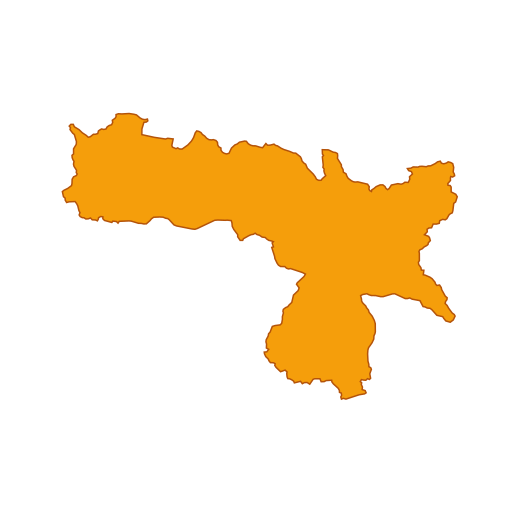 São Paulo, São Paulo, Brazil, rotated 100°
{"feature_id": "56859067B92864763247255", "entity_name": "São Paulo", "entity_type": "district", "adm_level": 2, "iso_a3": "BRA", "parent_name": "Brazil", "parent_adm1": "São Paulo", "projection": "robinson", "projection_center": [-46.645, -23.682], "detail": "fine", "context": "isolated", "style": "filled", "palette": "amber", "viewbox_px": 512, "rotation_deg": 100, "n_neighbors": 0, "source": "geoboundaries", "source_scale": "gbopen_adm2", "svg_char_len": 6063}
<svg xmlns="http://www.w3.org/2000/svg" viewBox="0 0 512 512"><g transform="rotate(100 256 256)"><path d="M130.9,78.3L130.1,80.5L129.9,83.1L131.4,84.6L132.6,87.1L132.4,89.5L130.6,91.0L131.8,93.6L133.9,95.6L136.9,99.7L137.4,102.1L138.5,103.8L138.8,108.0L139.3,110.3L140.3,111.9L141.0,116.7L142.6,118.7L143.6,122.1L145.4,120.5L145.9,117.6L148.1,116.2L151.3,118.6L153.7,117.9L157.1,118.8L157.5,122.2L159.1,123.7L160.1,125.5L160.1,128.8L162.6,135.0L166.4,136.6L167.8,137.9L166.9,139.7L165.2,141.0L163.9,143.4L164.4,146.1L166.8,149.7L169.2,151.7L170.7,153.4L172.4,153.5L171.8,155.4L170.4,156.4L168.1,156.5L165.9,158.6L165.3,168.6L166.0,171.3L165.9,173.3L165.3,175.2L163.5,178.7L161.7,180.3L159.4,181.6L158.3,184.5L155.7,185.3L153.2,187.4L151.3,187.8L145.8,192.7L142.9,193.0L141.0,193.6L140.3,195.6L140.3,198.1L138.9,203.1L139.8,209.2L144.0,208.3L145.3,207.0L146.8,207.9L154.7,205.6L157.1,205.5L158.5,204.0L160.4,203.9L162.4,203.0L164.8,201.3L168.4,204.2L170.1,205.0L170.6,207.4L169.9,209.8L167.8,211.3L165.4,213.8L160.6,220.7L157.0,223.0L156.1,225.1L154.4,227.2L152.3,228.2L150.6,229.5L147.8,234.7L148.1,237.0L147.1,241.2L146.3,247.0L145.5,250.0L143.8,254.0L143.7,255.9L142.7,257.7L144.4,261.4L144.9,263.9L143.5,265.8L148.2,268.3L148.2,270.8L147.6,275.5L148.0,278.1L147.8,280.5L146.8,283.1L144.7,285.4L144.8,287.2L146.8,292.1L148.9,293.9L150.3,296.1L154.0,298.9L159.5,300.4L160.6,302.7L160.4,304.9L159.7,307.0L158.0,308.8L155.7,309.3L155.0,311.5L153.5,312.9L150.7,313.7L149.2,315.5L148.8,318.2L149.4,320.0L149.6,322.5L148.6,325.1L146.8,327.3L145.6,329.9L144.0,331.6L143.2,333.9L143.1,336.1L145.2,337.2L150.0,338.0L152.3,338.8L154.2,339.6L158.5,342.4L163.5,347.3L163.9,349.9L163.1,351.9L164.2,353.4L163.3,357.2L161.7,358.1L155.1,357.9L155.4,363.4L156.5,365.4L156.8,376.7L156.3,389.5L150.7,390.4L143.8,389.6L143.1,387.2L141.7,386.0L140.0,386.7L141.0,389.0L141.0,391.6L140.2,394.1L137.8,398.2L137.6,400.8L137.7,405.7L139.4,412.8L139.8,416.2L141.0,418.4L143.1,418.0L144.7,418.6L147.3,421.1L149.3,420.3L151.8,421.0L153.0,423.3L154.7,425.0L157.0,425.8L157.8,427.9L157.7,430.2L158.9,431.6L160.2,432.9L162.9,433.1L164.0,435.3L164.4,437.3L167.3,439.9L168.2,441.8L166.7,444.1L164.8,448.5L162.3,452.2L160.3,457.3L158.1,458.8L158.5,461.2L160.5,462.5L161.8,461.0L163.8,461.1L166.9,457.8L167.9,456.0L174.5,452.7L177.3,452.4L182.1,454.3L187.2,453.4L188.8,454.7L191.1,454.1L193.1,452.9L194.3,451.7L197.2,451.7L199.3,450.8L202.8,447.6L205.1,447.5L206.3,446.3L208.0,446.9L209.7,449.4L212.3,450.4L216.6,449.8L218.7,449.9L222.1,453.1L224.6,456.5L226.2,457.9L231.0,455.9L232.2,454.0L234.1,453.6L236.2,451.8L235.1,449.5L233.8,443.6L235.5,441.8L237.6,440.2L242.0,438.3L243.9,436.9L246.3,437.3L247.7,436.0L248.4,433.8L248.2,432.0L249.1,430.0L248.5,427.6L247.3,425.6L248.8,423.6L248.4,420.3L248.9,418.3L247.1,417.7L245.6,417.7L244.1,415.8L244.0,413.6L245.9,413.3L247.3,411.4L248.0,403.8L246.5,403.0L246.3,399.4L247.6,397.6L245.6,396.7L243.5,387.2L243.3,385.0L244.2,377.5L243.8,374.6L243.9,372.2L243.4,369.6L239.5,366.5L237.5,365.4L235.6,363.5L234.3,357.6L233.9,354.2L234.5,351.6L234.5,349.4L235.3,347.8L239.6,342.2L240.2,339.4L240.5,323.7L240.3,320.8L239.2,318.7L228.0,302.9L227.2,299.9L226.2,292.6L225.7,290.6L225.4,286.6L227.4,285.5L231.0,284.5L233.7,282.5L238.2,277.7L240.2,277.4L243.4,274.3L242.9,271.8L241.2,271.4L237.4,266.8L235.9,264.6L235.1,262.4L233.7,260.8L234.7,258.8L235.0,256.1L236.3,253.3L236.2,250.0L237.3,248.6L238.4,246.1L238.5,243.3L238.9,241.4L240.3,242.4L244.0,240.4L244.8,242.0L253.0,237.7L255.3,236.9L259.4,234.0L261.1,232.3L262.1,229.9L261.4,225.8L262.7,223.9L263.1,221.8L262.4,219.8L264.2,207.4L265.2,204.2L267.8,205.1L275.2,210.7L276.8,211.2L279.9,208.0L282.8,208.5L288.0,212.3L295.5,212.7L298.6,215.0L300.4,215.9L301.7,217.9L303.8,219.8L305.7,219.9L307.3,219.1L311.2,219.5L313.8,219.0L317.8,219.0L319.6,220.2L321.2,225.2L322.5,227.7L328.5,228.9L330.4,230.1L332.7,230.1L336.7,231.4L338.8,231.3L340.9,230.3L344.8,229.8L345.7,227.3L348.5,228.7L349.2,231.2L350.8,230.7L353.4,228.9L355.2,226.2L357.1,224.9L358.5,223.3L358.1,220.2L358.8,218.4L360.5,218.5L362.2,216.9L365.7,211.7L363.3,207.5L364.8,205.3L366.5,205.3L369.6,204.4L371.2,203.4L371.1,201.5L371.7,199.4L372.7,197.2L374.3,196.2L371.7,190.4L373.7,188.2L372.3,186.4L371.7,183.7L372.9,180.8L367.6,178.4L366.7,176.9L365.8,171.7L368.5,170.0L367.9,167.1L366.5,165.3L365.2,159.9L366.8,159.4L368.5,157.6L372.0,152.1L373.8,150.6L375.8,150.1L376.2,148.2L378.3,147.5L380.1,148.0L382.1,147.0L381.0,145.3L381.3,142.6L374.8,130.4L372.9,125.1L371.6,123.8L369.6,125.1L369.1,128.3L366.6,128.4L364.2,130.0L362.5,129.9L361.6,131.5L359.4,130.7L359.5,128.5L359.3,126.3L357.4,124.8L357.9,122.9L356.5,121.9L352.3,123.5L347.6,122.7L346.1,123.6L345.4,125.6L343.0,126.1L340.1,127.5L333.0,129.1L329.1,129.5L326.7,129.2L321.4,126.7L317.4,125.6L314.1,126.0L311.9,125.4L309.9,125.3L301.9,126.8L298.9,128.3L295.1,131.1L291.9,134.8L289.7,135.9L287.8,138.1L286.1,139.3L284.0,142.4L282.2,144.1L279.9,144.7L276.9,146.1L275.4,144.3L273.9,140.2L274.5,138.3L274.9,135.7L274.2,131.3L274.4,126.1L274.0,123.8L269.6,115.0L269.1,112.7L272.0,101.7L271.6,99.4L270.6,97.3L271.4,94.8L271.5,86.8L276.8,82.7L276.8,80.6L277.5,78.4L277.3,75.5L278.4,73.4L283.0,67.6L283.3,61.6L284.8,60.3L287.0,57.8L287.5,53.2L284.7,50.6L280.6,49.5L279.2,50.6L278.0,53.0L274.0,57.2L271.5,59.2L269.9,61.5L267.9,61.4L265.9,60.4L263.9,60.5L262.7,62.6L256.9,67.3L254.9,68.1L252.7,70.2L253.6,72.8L252.4,74.3L250.7,75.2L247.8,78.6L246.7,80.9L245.5,85.9L245.4,88.0L240.9,88.2L241.2,90.7L238.8,91.6L236.1,94.3L233.9,95.0L232.2,94.3L225.0,95.6L223.3,96.3L221.4,95.7L220.1,93.6L217.8,91.9L216.2,89.8L214.8,88.6L213.1,88.6L210.6,87.0L208.0,88.2L206.7,89.4L205.8,93.8L202.4,91.5L200.0,92.2L198.4,90.6L197.7,88.0L193.8,87.1L193.2,83.8L192.0,81.2L189.3,81.2L187.5,78.5L187.5,75.9L186.1,74.5L182.1,73.1L180.7,72.0L179.4,70.2L177.1,70.0L169.8,70.4L168.1,68.8L162.7,68.1L160.5,70.0L159.0,74.9L154.2,75.8L152.9,77.0L153.0,79.2L151.4,79.7L147.9,77.6L145.4,78.1L143.9,78.0L144.1,76.1L142.5,74.3L140.9,74.9L139.0,76.4L134.4,76.7L130.9,78.3Z" fill="#f59e0b" stroke="#b45309" stroke-width="1.5"/></g></svg>